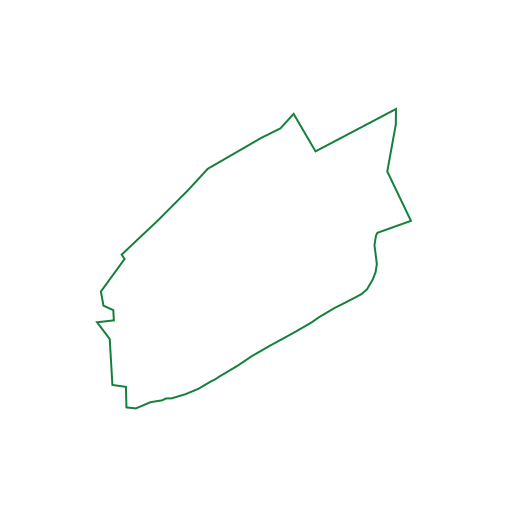 outline of Alat, Bukhoro, Uzbekistan, rotated 293°
{"feature_id": "79887680B15595975584782", "entity_name": "Alat", "entity_type": "district", "adm_level": 2, "iso_a3": "UZB", "parent_name": "Uzbekistan", "parent_adm1": "Bukhoro", "projection": "mercator", "projection_center": [64.051, 39.204], "detail": "fine", "context": "isolated", "style": "outline", "palette": "green", "viewbox_px": 512, "rotation_deg": 293, "n_neighbors": 0, "source": "geoboundaries", "source_scale": "gbopen_adm2", "svg_char_len": 770}
<svg xmlns="http://www.w3.org/2000/svg" viewBox="0 0 512 512"><g transform="rotate(293 256 256)"><path d="M204.8,131.8L201.9,136.2L162.7,127.1L150.7,135.0L150.4,145.8L141.2,150.3L132.9,135.6L122.4,153.8L81.2,174.2L84.7,187.4L66.0,195.9L68.8,205.0L80.3,216.1L86.4,225.9L89.7,228.8L91.9,233.8L101.0,244.8L111.4,255.0L122.7,263.3L126.6,266.7L130.9,269.5L148.2,282.2L162.5,291.5L179.3,304.2L198.3,319.3L216.1,332.8L224.7,338.2L238.8,348.6L250.1,358.2L262.0,367.9L268.7,371.2L279.6,372.6L287.8,372.4L295.8,370.4L312.3,360.8L321.6,358.5L324.8,358.7L336.6,371.5L339.1,374.2L348.9,384.9L385.1,343.8L431.8,333.3L446.0,327.4L375.6,269.9L401.5,235.1L383.0,228.6L366.7,214.6L317.4,177.5L290.5,167.9L250.4,151.8L204.8,131.8Z" fill="none" stroke="#15803d" stroke-width="2"/></g></svg>